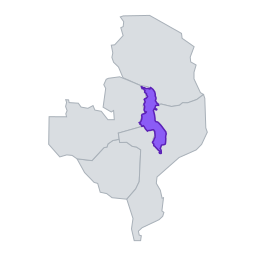 map of Malawi with United Republic of Tanzania, Zimbabwe, Zambia and Mozambique greyed out
{"feature_id": "MWI", "entity_name": "Malawi", "entity_type": "country or territory", "adm_level": 0, "iso_a3": "MWI", "parent_name": "Africa", "parent_adm1": "", "projection": "mercator", "projection_center": [34.097, -13.263], "detail": "fine", "context": "with_neighbors", "style": "filled", "palette": "violet", "viewbox_px": 256, "rotation_deg": 0, "n_neighbors": 4, "source": "natural_earth", "source_scale": "50m", "svg_char_len": 5050}
<svg xmlns="http://www.w3.org/2000/svg" viewBox="0 0 256 256"><path d="M149.6,15.4L181.5,33.4L182.1,38.3L194.1,46.7L190.2,57.1L190.7,61.9L196.1,65.0L194.0,72.3L194.0,78.9L200.4,92.6L203.5,94.5L196.8,99.5L187.6,102.8L182.6,102.7L179.6,105.2L171.5,106.5L161.4,104.1L155.1,104.8L152.8,93.2L148.2,86.8L140.0,85.3L123.0,77.7L118.5,67.0L113.6,62.3L111.9,57.4L112.8,53.0L111.3,45.2L114.7,44.8L123.1,35.6L120.8,27.7L123.2,26.6L123.7,21.7L120.3,16.9L123.3,15.9L149.6,15.4Z" fill="#d9dde1" stroke="#a8b0b8" stroke-width="1"/><path d="M126.8,199.2L112.0,197.7L106.7,193.6L100.2,192.2L97.7,183.4L94.1,182.4L84.6,172.6L77.0,158.8L92.0,160.6L103.9,147.7L107.0,147.0L108.0,143.9L112.8,140.5L119.1,139.3L119.7,142.5L126.7,142.3L132.4,146.4L136.4,147.0L140.7,149.8L139.2,181.6L135.7,188.9L126.8,199.2Z" fill="#d9dde1" stroke="#a8b0b8" stroke-width="1"/><path d="M119.7,76.8L140.0,85.3L144.0,89.1L146.1,96.3L143.0,105.6L144.6,112.7L141.9,115.7L139.4,123.7L143.8,125.9L118.3,133.1L119.1,139.3L112.8,140.5L108.0,143.9L107.0,147.0L103.9,147.7L92.0,160.6L77.0,158.8L72.1,155.4L66.7,154.9L59.8,156.9L48.7,144.3L49.1,116.7L66.6,116.8L65.8,113.8L67.1,110.6L65.6,106.5L66.6,102.4L65.7,99.7L68.6,99.9L69.1,102.6L78.3,103.2L81.1,107.1L87.9,108.3L93.0,105.6L94.9,110.1L101.3,111.3L107.9,119.7L114.3,119.7L113.6,110.5L111.3,112.0L103.1,107.2L105.7,88.4L103.8,84.7L106.2,79.3L108.4,78.3L119.7,76.8Z" fill="#d9dde1" stroke="#a8b0b8" stroke-width="1"/><path d="M155.1,104.8L161.4,104.1L171.5,106.5L179.6,105.2L182.6,102.7L187.6,102.8L196.8,99.5L203.5,94.5L204.8,98.3L205.8,127.9L207.3,132.2L201.6,144.4L196.2,149.9L179.1,157.5L157.0,177.0L156.3,183.3L160.3,190.2L162.1,198.2L163.5,197.7L161.9,210.9L163.9,212.4L162.7,216.3L159.2,219.6L142.1,227.7L138.4,231.1L139.2,235.1L141.3,235.7L140.6,240.6L134.2,240.6L131.5,228.9L133.0,218.5L126.8,199.2L135.7,188.9L139.2,181.6L140.7,149.8L136.4,147.0L132.4,146.4L126.7,142.3L119.7,142.5L118.3,133.1L143.8,125.9L148.6,130.1L151.0,129.3L154.3,131.5L154.8,135.0L153.0,139.0L153.6,145.2L159.1,150.6L161.7,144.5L165.3,142.7L164.6,131.5L161.1,125.2L158.0,122.4L155.1,122.5L152.8,111.3L155.1,104.8Z" fill="#d9dde1" stroke="#a8b0b8" stroke-width="1"/><path d="M143.7,126.3L143.3,125.7L142.9,125.8L142.4,126.3L142.1,126.4L141.9,126.4L141.9,126.2L141.7,126.0L141.3,125.2L140.9,124.6L140.4,124.4L140.0,124.1L140.2,123.8L140.4,123.7L140.1,123.2L139.3,122.8L139.2,122.6L140.0,122.3L140.5,121.9L140.8,121.5L141.2,120.6L141.5,119.7L141.8,118.9L141.8,118.3L141.9,117.4L142.0,116.7L141.8,116.4L141.6,115.8L141.8,115.0L142.2,114.3L144.1,113.7L145.4,113.1L145.6,112.9L146.1,112.4L146.3,111.9L146.1,111.8L145.1,111.8L144.9,111.6L144.1,109.9L144.5,108.0L144.6,107.2L144.6,106.3L144.4,105.6L144.1,105.3L143.9,104.9L144.0,103.9L144.3,103.8L144.9,102.5L145.2,101.7L144.9,101.1L144.5,100.2L144.3,99.6L144.2,99.4L144.5,99.1L144.9,98.7L145.4,98.7L145.9,98.5L147.5,96.8L147.6,96.5L147.3,96.0L146.7,95.1L146.5,94.8L146.5,93.8L146.2,93.5L145.3,92.8L144.6,92.1L144.8,91.4L145.0,90.6L144.6,90.2L144.1,89.8L143.8,89.1L143.7,88.6L143.3,88.4L142.9,88.4L142.6,88.7L142.3,88.7L142.0,88.6L141.9,88.2L141.8,87.7L141.6,87.4L141.4,87.0L141.3,86.8L141.5,86.7L141.8,86.7L143.1,87.5L143.9,87.6L144.8,87.7L145.5,88.5L145.9,88.6L146.4,88.5L147.9,88.4L148.4,88.5L149.2,88.9L149.5,89.0L149.9,89.0L150.0,88.9L150.1,88.6L150.0,88.1L150.1,87.8L150.4,87.5L151.2,87.9L153.1,89.5L154.4,91.4L154.8,92.1L154.8,92.4L155.2,93.9L155.3,94.5L155.2,95.0L155.2,95.5L155.4,96.0L155.3,96.3L155.8,97.1L156.0,97.9L156.0,98.6L155.9,99.3L155.5,100.3L155.4,100.7L155.5,101.0L155.8,101.4L156.2,101.9L156.5,102.4L156.7,103.0L156.9,103.3L157.1,103.3L157.6,103.4L157.9,103.7L158.3,104.3L158.4,105.0L158.5,105.3L157.4,105.3L156.0,105.4L155.6,105.7L155.5,106.3L155.1,107.5L154.8,108.0L154.3,108.8L153.6,110.0L153.4,110.3L153.4,110.7L153.9,112.3L154.3,114.0L154.5,114.7L154.8,116.9L155.0,118.5L155.0,119.4L155.1,120.6L155.6,121.3L156.0,121.7L157.6,122.0L158.0,122.3L158.9,123.1L160.9,125.3L162.0,126.7L162.9,127.9L164.6,130.2L165.9,132.0L166.1,133.7L166.3,133.9L165.9,135.1L165.6,137.2L165.8,138.5L165.7,140.8L165.5,143.2L165.2,144.1L164.8,144.4L163.8,144.7L161.8,145.0L161.5,145.2L161.3,145.7L160.9,146.8L160.4,148.0L160.2,148.5L160.3,148.6L160.7,149.2L161.2,150.6L161.3,153.2L161.1,153.4L160.5,153.5L159.9,153.4L159.6,153.3L159.4,153.0L159.2,152.5L159.6,152.1L159.8,151.4L159.5,150.9L158.9,150.7L158.3,150.2L156.8,148.5L155.6,147.3L154.8,146.3L154.1,146.0L153.9,145.7L153.7,145.3L153.7,144.7L153.8,144.3L153.6,143.8L152.8,143.0L152.5,142.6L152.5,142.1L152.8,141.6L153.4,141.0L153.9,139.8L154.1,139.0L155.0,137.4L155.1,136.1L155.1,135.0L155.0,134.2L154.8,132.5L154.7,131.4L153.6,129.8L153.2,129.7L152.2,129.8L151.3,130.1L150.8,130.4L150.2,130.4L148.4,130.6L147.9,130.8L147.5,131.0L147.4,131.1L146.3,129.9L145.3,128.7L144.1,126.5L143.7,126.3ZM156.5,109.9L156.2,109.9L156.0,109.3L156.1,109.0L156.4,108.9L156.6,109.0L156.8,109.2L156.8,109.4L156.7,109.7L156.5,109.9ZM155.8,109.0L155.6,109.5L155.3,109.5L155.0,109.1L155.1,108.8L155.4,108.7L155.7,108.8L155.8,109.0Z" fill="#8b5cf6" stroke="#5b21b6" stroke-width="1.5"/></svg>